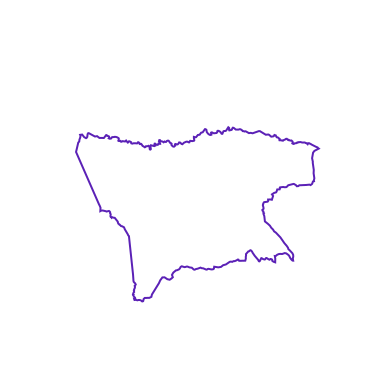 Mwenezi, Masvingo, Zimbabwe, rotated 133°
{"feature_id": "62879985B12430304395671", "entity_name": "Mwenezi", "entity_type": "district", "adm_level": 2, "iso_a3": "ZWE", "parent_name": "Zimbabwe", "parent_adm1": "Masvingo", "projection": "equal_earth", "projection_center": [30.689, -21.398], "detail": "fine", "context": "isolated", "style": "outline", "palette": "violet", "viewbox_px": 384, "rotation_deg": 133, "n_neighbors": 0, "source": "geoboundaries", "source_scale": "gbopen_adm2", "svg_char_len": 6044}
<svg xmlns="http://www.w3.org/2000/svg" viewBox="0 0 384 384"><g transform="rotate(133 192 192)"><path d="M226.5,312.8L227.0,311.8L228.4,310.9L230.5,310.0L232.0,308.9L233.4,308.9L241.8,304.1L264.5,251.5L264.9,250.3L265.9,248.2L268.5,246.0L267.4,245.6L266.5,244.8L264.8,241.9L264.6,241.2L262.5,239.8L262.4,239.1L262.6,238.1L263.4,237.4L263.7,236.3L265.3,235.2L265.7,234.3L265.4,233.8L265.6,233.3L264.9,233.3L264.7,232.5L263.6,230.9L264.3,226.1L265.0,225.2L265.4,224.1L265.2,223.0L265.4,222.6L265.2,222.1L265.3,220.6L264.7,219.7L264.2,217.6L265.1,215.7L266.7,210.2L267.2,209.1L267.3,208.0L292.7,178.7L297.0,174.1L297.5,173.2L297.6,171.1L298.1,170.0L299.8,169.9L300.2,169.0L301.6,168.2L302.8,167.9L303.6,167.1L304.0,167.1L304.6,166.1L305.9,166.0L307.2,165.3L307.0,164.7L307.7,164.5L308.2,162.4L308.1,161.8L308.5,160.9L309.2,160.6L309.5,161.1L309.6,160.8L309.9,161.0L310.2,160.4L309.1,159.5L308.8,158.7L308.3,157.9L307.6,157.6L306.8,156.8L306.3,155.9L306.0,154.8L306.1,154.1L305.7,153.5L305.1,153.3L303.2,154.4L301.7,154.3L298.5,151.0L296.4,150.2L294.3,151.4L281.2,154.0L278.3,155.0L274.6,155.4L273.1,153.8L272.6,150.6L271.4,148.5L269.2,148.0L267.4,147.9L266.3,150.1L263.7,150.7L260.3,150.3L259.6,149.7L257.6,148.8L256.5,148.7L254.4,149.2L253.3,148.8L252.1,146.3L251.4,145.7L250.4,145.2L249.6,144.4L248.9,142.5L247.5,140.5L247.5,138.1L247.3,137.4L246.9,137.0L245.7,136.6L244.3,135.6L241.5,134.2L241.1,132.9L240.2,131.8L239.1,128.8L238.6,128.2L237.6,128.0L236.9,127.5L235.4,125.0L234.3,124.0L233.6,123.7L233.0,123.8L231.5,124.8L229.2,121.4L227.0,119.7L224.3,119.3L221.9,117.8L217.4,116.8L216.4,116.1L215.6,114.9L214.3,114.5L213.4,113.6L211.6,112.8L210.1,112.4L209.8,111.9L210.2,110.9L210.1,110.5L205.9,106.2L204.0,107.2L202.8,108.4L201.4,109.3L200.6,110.2L197.1,110.3L196.6,109.9L195.1,109.7L194.7,109.5L194.5,108.9L194.6,107.5L195.1,106.2L195.9,102.6L196.5,97.4L197.0,96.0L196.9,95.5L196.4,95.3L193.1,96.2L192.9,96.0L192.6,94.3L191.9,92.9L191.4,92.6L189.9,92.8L189.4,92.4L189.0,90.0L188.6,89.1L187.6,89.0L187.2,88.6L186.8,87.3L187.6,86.3L187.4,84.8L186.7,83.2L183.9,85.7L182.4,87.7L182.1,87.2L179.8,86.9L178.2,86.2L177.1,85.3L175.9,83.8L173.4,82.5L172.6,81.1L172.3,78.6L172.4,77.4L173.3,75.1L173.6,73.2L173.6,71.7L173.2,71.2L171.9,72.9L170.3,73.8L169.0,75.1L168.3,76.8L168.0,81.1L168.1,82.4L167.3,83.8L166.8,86.0L166.4,89.6L164.9,96.4L164.5,102.9L164.8,105.1L164.2,107.1L164.1,109.7L163.5,112.0L163.5,114.7L163.8,118.6L160.3,122.7L159.2,124.9L158.4,124.9L158.2,126.0L157.8,126.2L157.5,126.6L157.6,127.5L157.2,128.3L155.7,128.2L155.3,128.4L154.5,129.3L153.5,131.0L152.7,131.4L152.6,131.7L150.9,132.3L150.2,132.3L147.5,130.1L146.6,130.2L145.6,131.2L144.0,129.6L143.2,128.3L139.6,130.0L139.2,131.9L136.6,131.3L135.0,130.3L134.1,130.4L132.0,131.4L130.3,129.7L129.4,130.1L129.0,130.7L128.6,130.8L126.1,128.7L125.6,127.8L124.2,126.4L123.4,126.2L121.4,126.2L116.9,123.3L116.6,122.9L116.1,120.7L116.3,119.3L115.2,118.3L113.9,118.1L109.0,113.3L106.5,111.1L106.1,110.0L104.1,109.7L101.9,110.7L100.9,110.1L100.5,110.7L98.5,111.9L95.4,115.8L92.8,118.0L88.2,123.7L87.6,124.1L85.4,127.2L80.6,130.3L78.4,130.5L73.8,128.9L73.9,130.3L73.8,130.6L74.4,132.2L75.9,137.4L75.9,138.0L76.2,138.6L76.5,139.7L76.8,139.8L77.1,140.3L78.2,140.0L78.2,141.6L78.7,142.3L78.8,143.1L79.3,143.8L79.6,144.0L80.7,145.2L81.4,146.6L82.7,147.9L83.0,147.9L83.5,148.5L84.1,148.5L84.5,149.0L85.1,149.0L86.8,150.4L87.4,150.3L87.7,150.6L88.0,151.8L86.9,152.3L86.5,152.9L86.5,154.4L87.4,155.2L87.9,156.8L88.2,156.7L88.3,156.9L88.5,157.6L88.4,158.9L89.0,159.5L89.8,159.6L91.9,160.5L92.5,160.5L92.7,161.2L93.3,161.7L93.6,162.4L94.5,163.3L94.3,163.7L93.4,164.1L93.6,166.6L94.2,167.4L93.5,169.5L93.8,169.8L94.1,170.6L95.3,170.3L95.9,170.5L97.5,171.8L97.6,174.6L97.9,175.4L99.8,177.1L101.2,183.9L102.0,184.7L107.7,187.7L108.7,189.4L110.1,190.5L110.9,193.8L111.2,194.4L112.0,194.9L112.2,195.6L112.9,196.5L112.7,197.2L113.0,199.2L113.6,200.0L114.7,200.6L116.5,202.6L116.6,204.8L117.0,205.9L118.0,205.9L118.9,205.5L119.6,205.4L121.5,206.7L121.3,207.3L120.0,208.2L119.8,208.7L119.9,209.6L123.8,208.9L124.6,209.2L125.6,210.2L126.2,210.4L128.7,209.5L129.2,210.1L128.7,212.2L129.0,213.9L129.5,214.8L130.3,215.0L131.1,214.3L132.1,214.3L134.1,216.0L134.4,216.6L134.8,218.1L135.3,218.5L135.7,218.5L136.8,216.9L137.5,217.2L138.2,218.2L138.4,220.2L138.0,222.2L136.7,223.9L136.8,224.9L137.2,225.4L141.0,224.9L142.5,225.8L144.9,225.5L146.3,226.6L149.1,226.4L149.6,226.7L150.4,228.2L151.2,227.5L152.6,225.6L153.2,225.5L154.6,226.5L155.8,228.2L156.6,228.2L157.5,227.8L157.9,228.2L158.4,229.8L159.1,230.5L161.5,231.5L163.6,231.6L164.0,232.4L163.9,234.3L164.5,235.2L165.9,234.9L167.0,235.0L167.7,235.8L168.0,236.7L168.5,237.0L168.9,236.9L169.5,235.9L171.2,236.1L171.7,237.0L171.7,238.8L171.4,239.4L170.7,239.7L170.6,240.1L170.7,241.0L171.0,241.7L170.5,243.4L170.5,244.0L170.7,244.5L171.2,244.9L171.9,245.2L173.0,245.1L173.5,245.6L173.8,246.5L175.0,246.6L175.2,248.0L176.1,249.3L175.9,250.8L176.3,251.3L177.5,250.8L178.0,249.7L178.2,248.6L178.5,248.2L179.7,249.5L180.4,249.1L181.0,249.3L181.8,250.8L181.8,252.0L182.1,252.3L182.9,251.9L183.2,250.5L184.2,250.9L185.8,253.9L187.3,253.2L188.3,251.8L188.9,251.3L189.4,251.4L189.6,251.9L188.0,254.0L187.7,254.8L187.7,255.2L188.7,255.7L190.0,256.9L190.7,256.7L191.5,257.0L191.7,258.6L192.0,259.6L191.5,261.4L191.5,262.0L191.6,262.3L192.4,262.6L192.6,263.0L192.1,264.1L192.1,265.0L192.4,265.4L193.7,265.2L194.0,265.4L195.0,266.7L196.2,268.0L197.2,268.5L197.8,269.5L197.7,269.9L197.1,270.5L197.5,272.2L198.0,272.7L199.3,272.5L199.7,272.7L199.3,275.3L200.7,275.4L202.2,277.5L203.1,277.7L203.6,278.1L203.7,278.5L203.4,279.2L204.5,280.1L204.8,280.7L204.6,281.0L203.8,281.2L202.9,281.9L202.7,282.4L203.0,283.9L203.6,285.2L204.3,286.1L205.0,286.5L206.3,287.8L208.2,287.7L209.3,288.7L209.5,289.5L208.6,289.6L208.0,290.5L208.2,291.3L208.8,292.3L208.6,293.2L208.9,293.6L212.6,293.3L215.6,296.6L215.9,299.5L217.6,300.8L219.3,307.4L219.7,308.0L220.9,307.8L223.1,306.2L224.4,306.0L224.9,306.2L225.4,308.3L224.9,311.5L226.5,312.8Z" fill="none" stroke="#5b21b6" stroke-width="2"/></g></svg>